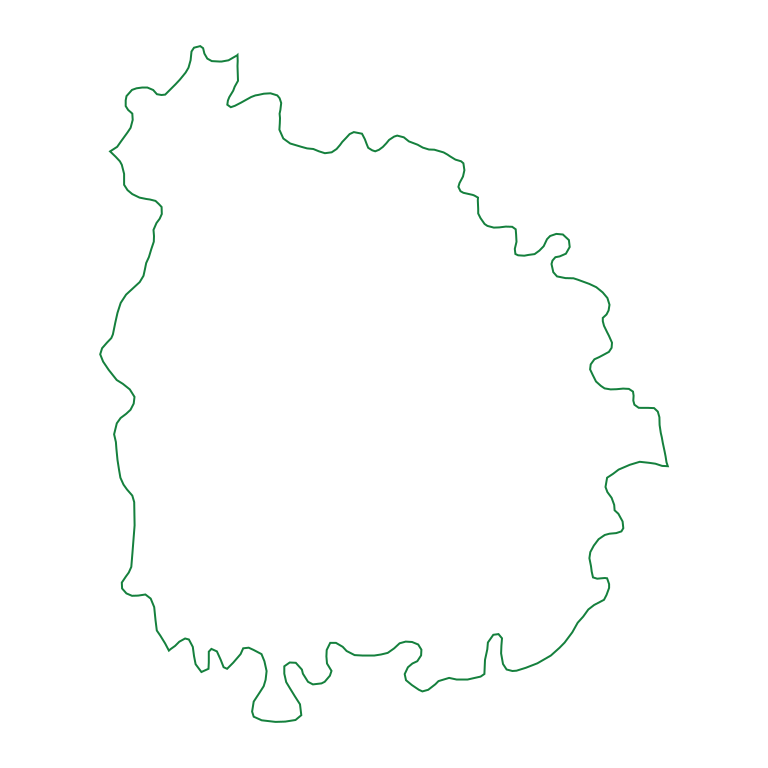 Dzyarzhynsk, Minsk, Belarus (Albers equal-area conic projection)
{"feature_id": "67162791B81421428715601", "entity_name": "Dzyarzhynsk", "entity_type": "district", "adm_level": 2, "iso_a3": "BLR", "parent_name": "Belarus", "parent_adm1": "Minsk", "projection": "albers", "projection_center": [27.165, 53.703], "detail": "fine", "context": "isolated", "style": "outline", "palette": "green", "viewbox_px": 768, "rotation_deg": 0, "n_neighbors": 0, "source": "geoboundaries", "source_scale": "gbopen_adm2", "svg_char_len": 5042}
<svg xmlns="http://www.w3.org/2000/svg" viewBox="0 0 768 768"><path d="M667.8,466.2L666.5,462.3L665.6,456.5L664.6,451.4L662.8,442.9L661.8,437.3L660.8,433.0L659.6,425.0L659.4,417.2L657.8,411.6L654.1,408.1L648.7,407.9L643.2,407.9L638.7,407.8L634.4,404.7L633.3,400.6L633.6,395.7L633.0,391.6L628.9,388.9L623.1,388.6L616.7,389.2L610.6,389.4L604.6,388.4L600.9,385.9L596.0,381.5L592.7,374.9L590.1,369.4L590.7,364.4L594.4,359.3L599.2,357.1L603.9,354.6L608.9,351.9L611.6,347.8L612.0,342.7L608.9,335.7L607.1,332.2L604.0,325.8L602.8,321.2L602.8,317.9L606.5,314.5L608.6,310.4L609.5,304.8L607.4,298.0L602.7,292.4L596.3,287.2L589.3,283.9L577.8,279.7L573.5,278.3L565.5,278.1L557.0,276.4L553.3,272.2L551.5,264.0L552.5,260.5L555.4,257.2L559.7,256.4L565.9,253.7L569.7,247.0L568.9,240.1L562.9,234.5L556.3,233.9L550.1,236.0L547.0,239.2L543.7,246.2L539.4,250.6L534.6,254.1L528.6,254.9L524.3,255.7L518.1,255.3L515.4,254.0L514.8,248.9L516.5,241.8L516.1,234.4L515.7,229.3L512.2,226.8L505.8,226.6L499.2,227.4L493.8,227.6L487.4,225.9L484.6,224.0L480.5,218.1L478.2,213.5L478.2,209.0L477.8,200.3L478.0,197.6L474.3,195.5L472.7,194.9L463.4,192.8L460.5,191.2L458.4,186.9L459.5,183.1L463.0,176.5L464.4,170.2L463.4,163.3L461.1,161.3L455.4,159.6L450.0,156.3L447.5,154.6L443.6,152.4L434.3,149.7L428.9,149.5L422.8,147.6L417.6,144.7L408.9,141.4L403.8,137.3L397.2,135.6L394.1,136.6L389.1,139.9L386.4,143.2L382.9,146.9L379.0,149.8L375.2,151.3L372.2,150.3L368.2,147.8L366.6,143.9L364.9,139.3L362.0,133.7L353.8,132.1L349.6,134.1L346.3,137.7L342.2,142.0L340.1,144.9L336.6,149.0L331.7,152.3L324.9,153.2L318.9,151.3L313.3,149.0L307.1,148.4L301.3,146.8L290.2,143.5L283.3,138.5L279.4,129.7L279.8,123.5L280.0,118.1L279.6,113.7L280.4,109.8L281.2,103.0L279.6,98.2L277.3,95.4L270.5,93.3L263.9,93.7L257.9,95.0L255.4,95.4L251.2,97.0L246.3,99.7L241.1,102.6L234.9,105.8L230.8,107.2L227.3,104.7L227.9,100.6L229.3,97.1L233.2,90.7L234.7,86.7L238.0,80.8L237.5,66.1L237.7,60.9L237.5,55.0L237.2,55.3L228.5,60.3L221.8,61.5L218.9,61.5L211.8,61.1L207.3,58.6L204.4,53.6L203.1,48.2L200.2,46.1L194.0,47.7L191.5,51.5L190.6,60.2L188.5,67.7L185.6,72.6L179.8,79.7L175.6,84.2L170.6,89.2L165.2,94.6L161.5,95.0L156.9,94.2L153.2,90.0L147.3,87.5L142.4,87.5L136.5,88.3L132.0,89.9L126.5,96.1L125.7,100.3L125.7,106.1L128.1,109.9L132.3,113.6L132.7,119.9L130.6,127.8L127.6,132.3L121.0,141.4L117.2,146.8L110.1,151.4L115.7,156.8L119.9,161.3L121.8,164.8L124.1,173.9L124.1,184.8L127.5,190.1L132.3,194.1L139.5,197.6L146.4,199.0L149.9,199.5L155.5,200.9L158.9,204.1L161.6,207.0L161.8,214.0L159.7,218.7L156.5,223.0L153.5,229.9L154.0,236.1L153.8,241.7L151.3,249.1L148.9,257.1L146.2,263.0L144.9,269.4L143.5,275.8L139.7,282.1L134.7,286.7L126.1,294.6L120.7,302.9L117.5,312.8L115.3,322.6L112.9,334.4L111.3,338.1L107.0,342.6L102.1,348.2L100.2,354.3L103.1,361.6L108.7,369.9L116.7,380.0L122.8,383.8L129.8,389.4L134.5,396.9L133.7,403.6L130.5,409.8L126.2,413.8L120.6,418.0L116.8,423.3L114.1,434.3L115.9,442.1L116.4,448.8L117.5,460.0L119.0,469.6L120.4,477.7L123.5,484.6L127.0,489.5L132.3,495.6L134.2,502.1L134.6,525.4L132.4,553.5L131.3,566.9L128.8,572.5L125.9,576.5L121.8,582.6L122.1,588.5L126.4,593.4L132.0,595.8L138.1,595.6L145.4,594.5L150.7,598.6L154.2,607.1L155.5,620.0L156.8,630.5L160.3,635.6L165.1,643.4L168.9,650.6L170.6,649.1L175.1,645.9L179.3,641.7L185.1,638.5L188.9,639.5L192.8,646.9L194.0,655.9L195.6,664.2L201.4,672.0L208.5,668.8L208.8,662.3L208.8,651.7L211.4,648.9L216.9,651.4L220.7,659.8L223.6,667.2L227.1,668.8L233.2,662.7L240.6,654.1L243.2,648.3L248.7,647.7L253.5,649.9L261.5,654.1L264.4,661.2L266.6,671.1L265.6,679.8L263.7,686.2L259.8,692.3L253.7,701.6L252.1,711.6L253.7,716.7L261.7,720.3L275.5,721.9L285.2,721.6L295.5,720.0L301.3,715.2L300.0,704.3L294.8,696.2L289.7,687.9L286.2,682.1L284.3,673.7L284.3,666.3L289.7,662.5L295.8,662.8L301.9,669.6L302.9,673.7L308.0,681.8L312.9,684.4L321.5,683.4L324.7,681.8L329.9,675.7L331.5,670.9L327.0,663.5L326.4,656.4L326.7,650.0L330.2,642.9L336.0,642.9L342.7,646.8L346.6,651.0L354.6,655.1L362.0,655.5L374.5,655.5L381.0,654.5L387.7,652.9L394.1,648.4L399.6,643.3L405.7,641.6L412.1,642.0L418.2,644.5L421.4,649.7L421.1,655.4L417.3,661.2L412.4,663.5L407.9,667.3L404.7,674.1L406.0,680.2L411.8,685.0L418.9,689.8L422.4,691.4L428.2,689.8L435.3,684.3L438.5,681.1L449.1,677.9L456.5,679.5L467.7,679.5L474.8,677.9L480.6,676.6L484.4,674.0L484.7,666.9L485.0,659.9L487.3,649.3L487.9,642.5L493.3,634.8L498.5,634.1L502.0,638.3L501.4,645.7L501.1,653.4L503.0,664.0L506.6,669.5L512.4,671.0L516.5,670.7L525.8,667.8L537.4,663.3L550.9,655.5L559.5,647.8L564.6,642.6L572.3,632.3L577.7,622.7L583.2,616.6L588.3,609.5L594.1,605.0L604.0,599.8L606.5,595.0L609.1,587.9L609.1,584.1L607.1,578.3L604.9,578.0L601.3,578.3L597.2,578.7L593.0,577.4L591.7,571.6L591.0,566.2L589.4,558.2L590.3,552.1L593.8,545.6L598.6,539.2L604.7,535.0L609.5,533.7L616.2,533.1L621.4,531.4L623.3,528.2L622.6,521.5L618.4,513.8L614.6,510.3L614.2,504.9L611.6,497.8L607.4,492.1L605.5,487.0L607.1,477.7L613.1,473.8L618.6,469.6L629.8,464.8L639.7,461.8L649.0,462.8L655.4,463.7L662.1,465.9L667.8,466.2Z" fill="none" stroke="#15803d" stroke-width="2"/></svg>